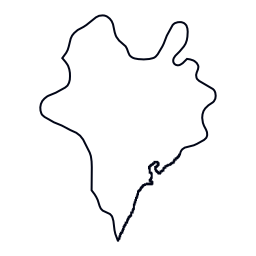 outline of Bajos de Haina, San Cristóbal, Dominican Republic
{"feature_id": "3306468B44390196227357", "entity_name": "Bajos de Haina", "entity_type": "district", "adm_level": 2, "iso_a3": "DOM", "parent_name": "Dominican Republic", "parent_adm1": "San Cristóbal", "projection": "orthographic", "projection_center": [-70.023, 18.434], "detail": "fine", "context": "isolated", "style": "outline", "palette": "ink", "viewbox_px": 256, "rotation_deg": 0, "n_neighbors": 0, "source": "geoboundaries", "source_scale": "gbopen_adm2", "svg_char_len": 3997}
<svg xmlns="http://www.w3.org/2000/svg" viewBox="0 0 256 256"><path d="M117.8,240.6L118.1,240.6L118.1,239.2L118.8,239.2L118.8,238.5L119.5,238.5L119.5,236.3L120.2,236.3L120.2,234.1L120.9,234.1L120.9,232.7L122.3,232.7L122.3,230.5L123.0,230.5L123.0,229.1L123.6,229.1L123.6,226.9L124.3,226.9L124.3,225.5L125.0,225.5L125.0,224.7L125.7,224.7L125.7,222.6L127.1,222.6L127.1,220.4L127.8,220.4L127.8,219.0L128.4,219.0L128.4,217.5L129.1,217.5L129.1,216.8L129.8,216.8L129.8,216.1L130.5,216.1L130.5,215.4L131.2,215.4L131.2,212.5L132.6,212.5L132.6,210.3L133.2,210.3L133.2,208.9L133.9,208.9L133.9,204.5L134.6,204.5L134.6,202.4L135.3,202.4L135.3,200.2L136.0,200.2L136.0,198.0L136.7,198.0L136.7,196.6L137.3,196.6L137.3,194.4L138.0,194.4L138.0,191.5L138.7,191.5L138.7,190.8L139.4,190.8L139.4,190.1L140.1,190.1L140.1,189.3L140.8,189.3L140.8,187.9L141.5,187.9L141.5,187.2L142.1,187.2L142.1,186.5L142.8,186.5L142.8,185.7L143.5,185.7L143.5,185.0L144.5,185.0L144.9,185.0L144.9,184.3L146.9,184.3L146.9,183.6L147.6,183.6L147.6,184.3L148.3,184.3L148.3,183.6L149.7,183.6L149.7,184.3L151.4,184.3L151.7,184.3L151.7,183.6L152.4,183.6L152.4,182.7L152.4,182.1L151.7,182.1L151.7,181.4L150.4,181.4L150.4,180.7L149.7,180.7L149.7,180.0L150.4,180.0L150.4,179.2L151.1,179.2L151.1,177.8L151.7,177.8L151.7,173.5L151.1,173.5L151.1,172.7L149.7,172.7L149.7,168.4L149.0,168.4L149.0,167.0L149.7,167.0L149.7,166.2L150.4,166.2L150.4,165.5L151.1,165.5L151.1,164.8L152.4,164.8L152.4,164.1L153.1,164.1L153.1,163.3L154.5,163.3L154.5,161.9L157.2,161.9L157.2,162.6L157.9,162.6L157.9,163.3L158.6,163.3L158.6,164.8L157.9,164.8L157.9,165.5L157.2,165.5L157.2,166.2L156.5,166.2L156.5,167.0L155.2,167.0L155.2,169.1L155.8,169.1L155.8,170.6L156.5,170.6L156.5,171.3L157.2,171.3L157.2,172.0L157.9,172.0L157.9,172.7L158.6,172.7L158.6,173.5L160.0,173.5L160.0,172.7L160.6,172.7L160.6,171.3L162.0,171.3L162.0,170.6L163.4,170.6L163.4,168.4L164.1,168.4L164.1,167.7L165.4,167.7L165.4,166.2L166.8,166.2L166.8,165.5L168.2,165.5L168.2,164.8L170.2,164.8L170.2,164.1L170.9,164.1L170.9,163.3L172.3,163.3L172.3,162.6L173.7,162.6L173.7,161.2L174.3,161.2L174.3,159.7L175.7,159.7L175.7,158.3L177.1,158.3L177.1,157.6L177.8,157.6L177.8,156.8L178.5,156.8L178.5,156.1L179.1,156.1L179.1,154.7L179.7,154.7L179.9,154.7L180.5,152.2L181.3,150.6L182.3,149.3L184.8,147.6L193.8,145.3L197.1,143.8L204.1,139.9L206.2,137.9L206.8,136.6L207.2,135.1L207.0,132.2L206.0,129.6L204.0,125.8L202.9,122.8L202.2,117.8L202.5,114.4L203.5,111.1L205.2,108.4L208.4,105.3L212.9,102.3L213.9,101.3L215.3,98.7L215.7,95.8L215.3,92.8L214.8,91.4L214.0,90.1L212.9,89.0L199.1,80.9L197.1,79.0L196.5,77.7L196.1,75.0L196.7,72.5L198.0,69.2L198.4,66.8L198.1,65.4L196.7,63.0L194.5,61.1L193.2,60.4L190.1,59.4L187.0,58.9L182.7,63.2L180.3,64.7L178.9,65.2L177.5,65.3L175.9,64.9L174.5,64.0L173.5,62.5L173.2,61.0L173.3,59.6L173.8,58.1L175.3,55.8L179.6,51.5L183.9,46.4L185.6,43.6L186.8,40.2L187.4,36.8L187.7,31.7L187.4,28.5L186.4,25.5L185.3,24.2L184.0,23.1L182.5,22.5L181.0,22.1L177.9,22.2L175.0,23.1L173.7,24.0L172.6,25.1L166.8,35.7L163.8,43.5L162.4,46.4L157.7,54.3L155.7,56.6L154.3,57.6L152.7,58.2L149.3,59.0L143.8,59.4L138.4,59.1L134.9,58.5L133.3,58.0L131.8,57.2L130.5,56.2L129.5,55.1L128.3,52.5L126.9,48.6L125.6,46.3L119.1,40.6L116.4,36.9L115.7,35.4L114.7,32.3L113.0,24.2L111.7,21.2L109.8,18.7L107.3,16.7L105.9,16.0L104.2,15.5L102.5,15.4L99.1,15.8L96.0,17.3L86.4,25.0L83.5,26.9L77.7,30.0L74.1,33.1L72.1,35.6L70.7,38.6L68.7,46.7L67.7,49.9L66.2,52.8L62.3,58.1L65.5,61.9L67.4,64.6L68.2,66.1L69.3,69.4L69.9,72.9L70.0,76.3L69.8,79.7L69.0,82.8L67.5,85.6L65.1,87.6L55.8,92.7L48.3,95.8L46.9,96.6L44.4,98.6L42.3,101.0L40.9,104.0L40.3,107.3L40.5,110.6L41.4,113.6L42.3,115.0L44.6,117.0L53.9,122.3L61.7,125.5L70.2,130.0L76.3,132.8L80.1,135.7L83.1,139.5L89.7,152.6L90.8,155.9L91.1,157.7L91.6,161.5L91.8,167.2L91.6,190.3L94.6,194.3L96.3,197.1L97.7,200.0L99.6,206.0L100.8,208.6L102.7,210.6L109.9,214.0L110.9,215.0L111.9,216.2L112.5,217.7L113.4,221.0L114.5,230.1L115.3,233.8L117.8,240.6Z" fill="none" stroke="#020617" stroke-width="2"/></svg>